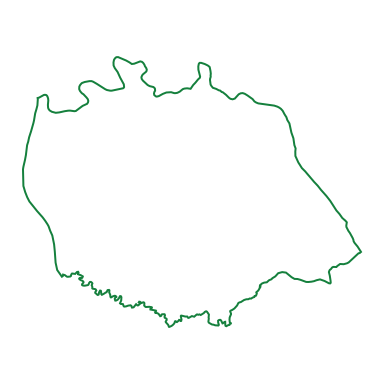 Thapangthong, Savannakhét, Laos
{"feature_id": "54806243B5714719739337", "entity_name": "Thapangthong", "entity_type": "district", "adm_level": 2, "iso_a3": "LAO", "parent_name": "Laos", "parent_adm1": "Savannakhét", "projection": "robinson", "projection_center": [105.786, 16.099], "detail": "fine", "context": "isolated", "style": "outline", "palette": "green", "viewbox_px": 384, "rotation_deg": 0, "n_neighbors": 0, "source": "geoboundaries", "source_scale": "gbopen_adm2", "svg_char_len": 5877}
<svg xmlns="http://www.w3.org/2000/svg" viewBox="0 0 384 384"><path d="M169.4,326.9L171.6,325.9L173.0,324.8L174.3,323.4L174.9,321.6L175.2,321.2L175.7,321.2L176.5,322.0L176.9,322.1L178.6,320.7L179.1,319.9L179.6,320.0L180.6,321.0L181.2,320.9L181.5,319.6L180.8,316.1L181.0,315.7L181.5,315.6L185.1,316.5L187.2,316.5L188.1,317.8L188.7,317.9L191.9,316.1L194.2,316.7L196.6,314.6L197.1,314.4L198.2,314.8L199.5,314.4L200.7,315.0L203.8,313.1L204.8,311.9L206.1,311.3L206.7,311.5L207.1,311.9L208.9,314.5L208.6,317.6L208.8,318.5L208.4,321.6L208.7,322.5L209.3,323.0L212.0,324.5L213.6,324.7L215.2,325.3L218.4,325.5L218.7,325.2L218.8,324.5L218.2,322.8L218.1,320.7L218.6,320.2L220.0,319.8L220.4,319.9L221.1,320.5L222.5,323.4L222.9,323.3L224.6,321.9L225.2,321.8L225.3,325.0L225.6,325.9L226.3,326.2L228.3,325.1L229.4,324.9L229.5,324.3L230.9,323.5L230.9,323.2L229.9,322.4L229.7,321.9L229.5,319.4L229.7,317.4L231.0,314.3L231.0,313.5L230.2,311.6L230.2,311.1L230.6,310.7L232.3,309.9L234.4,308.5L237.1,305.5L238.3,303.1L239.4,302.4L240.8,302.1L244.1,300.0L246.3,299.3L248.4,299.2L249.7,298.5L251.1,298.6L252.6,297.6L254.3,297.0L254.6,296.0L255.8,295.8L256.4,294.8L256.8,293.3L256.3,292.6L256.3,292.3L258.3,290.5L260.4,286.9L260.4,286.7L259.8,286.8L260.0,285.2L260.8,284.8L261.5,283.8L262.7,283.2L264.2,282.6L266.8,282.3L269.1,280.2L271.4,279.3L272.4,278.2L275.3,276.4L278.2,273.2L282.2,272.1L286.0,272.6L291.6,277.2L294.5,278.9L297.5,279.0L300.4,279.8L306.1,281.9L308.2,282.0L311.3,281.7L313.9,281.2L316.6,280.2L320.0,279.4L324.6,281.0L329.0,283.3L330.2,283.4L330.7,282.8L330.6,281.1L329.8,275.7L328.9,272.1L329.2,271.1L329.8,269.9L331.0,269.0L332.0,267.6L333.2,266.9L336.4,267.0L337.6,265.7L338.4,265.3L339.7,264.2L340.3,264.0L343.7,264.2L347.0,263.3L348.7,262.4L358.5,253.3L359.6,253.1L361.0,251.9L357.6,246.6L354.5,242.8L353.6,241.2L353.4,239.8L352.6,237.9L349.9,233.0L348.4,230.9L346.4,227.0L346.3,225.5L346.8,222.3L345.5,220.8L342.3,218.0L339.4,213.9L336.4,210.5L330.3,201.0L326.5,196.1L321.0,189.9L317.7,185.7L314.2,182.0L305.1,171.3L301.9,168.1L298.3,162.4L295.4,156.0L295.3,151.6L295.6,148.4L294.4,145.2L293.4,138.3L291.4,132.6L289.4,123.4L287.3,120.0L286.4,117.2L284.6,114.4L282.7,110.8L280.9,108.8L279.2,107.6L277.5,106.7L274.2,105.6L258.3,103.4L256.1,102.5L254.4,101.4L252.6,99.1L247.7,95.6L244.8,93.8L242.7,93.1L240.7,93.3L238.7,94.3L234.8,98.6L232.6,99.3L230.4,98.8L229.0,97.8L226.0,94.8L222.7,92.2L221.7,92.0L220.2,90.6L218.8,90.3L216.2,88.9L212.9,87.8L211.5,86.1L210.6,84.6L210.0,80.0L210.1,78.8L210.7,76.8L210.6,75.4L210.8,73.7L210.5,71.1L209.7,67.1L208.4,65.9L207.2,65.2L204.7,64.0L201.3,62.9L199.6,62.9L199.2,63.3L198.8,63.9L198.3,66.4L198.4,69.8L199.9,75.7L200.1,76.5L199.9,77.7L198.0,79.5L195.4,82.7L193.2,85.0L190.6,88.8L187.1,88.3L184.3,88.6L182.7,89.2L179.8,91.6L177.4,92.8L175.7,93.1L174.1,93.1L171.1,92.2L166.4,92.5L162.8,93.9L158.8,96.1L156.8,96.6L155.9,96.4L154.3,95.1L154.1,94.2L154.0,93.4L154.5,91.6L155.1,90.8L155.0,88.9L154.4,87.8L153.3,87.0L149.6,86.1L147.6,85.0L142.9,80.6L141.7,78.9L141.4,77.2L142.2,75.3L143.0,74.3L146.0,71.8L146.4,71.3L146.8,69.8L146.3,68.2L144.9,66.1L144.4,64.7L143.2,62.9L141.9,61.8L140.2,61.4L134.2,63.7L131.8,64.0L129.5,62.4L126.1,60.5L118.1,57.1L116.3,57.2L114.9,58.4L114.0,59.9L113.5,62.4L113.6,65.5L114.8,68.1L117.6,72.0L120.2,77.7L123.8,84.3L124.1,87.1L123.7,87.8L123.0,88.3L111.6,90.7L110.3,90.7L106.9,90.0L105.2,89.2L96.9,83.9L93.1,81.7L91.5,81.1L89.6,81.1L84.7,82.0L82.0,83.0L81.4,83.5L80.0,85.2L79.3,86.7L79.2,89.1L79.9,90.8L81.2,92.5L82.2,93.5L83.4,94.2L86.5,97.5L87.8,99.2L88.3,100.9L88.0,102.4L87.1,103.8L82.6,105.9L75.8,111.0L74.4,111.2L70.0,110.6L68.0,110.7L64.7,111.2L59.3,112.4L55.8,112.8L51.9,111.8L49.6,110.4L48.4,108.7L48.1,107.7L47.9,105.0L48.3,100.5L48.1,98.4L47.4,96.4L46.8,95.5L46.1,95.0L44.9,94.8L43.8,95.0L39.1,97.6L37.6,98.0L37.8,99.4L37.4,105.4L36.4,109.3L35.2,113.3L34.0,120.5L33.4,123.1L31.1,131.2L29.1,137.4L28.2,141.7L27.1,145.2L25.9,155.1L25.0,159.9L23.4,166.8L23.0,169.3L23.4,186.0L25.2,192.1L27.2,197.2L29.4,201.5L37.1,211.1L42.6,217.3L45.2,220.8L47.5,224.3L48.6,226.3L50.2,230.8L52.3,235.5L54.1,244.4L54.8,251.5L55.6,262.7L57.2,270.0L61.9,276.7L62.8,276.1L63.1,274.6L64.8,275.1L66.8,276.6L67.8,276.8L70.3,276.5L70.9,276.0L71.3,274.4L72.1,273.5L75.2,273.9L77.0,272.0L78.1,271.8L78.5,272.5L78.0,273.6L78.0,274.2L80.8,275.2L82.8,276.4L82.4,277.6L82.1,277.9L81.5,278.0L80.0,277.9L79.5,278.2L79.2,278.7L79.5,279.3L81.3,280.4L82.4,280.7L83.4,281.7L83.5,282.5L82.1,284.2L82.0,284.9L82.4,285.3L83.2,285.6L84.7,285.7L87.9,285.1L88.5,284.6L89.1,283.0L89.9,282.0L90.8,281.9L91.5,282.3L92.2,283.0L92.4,283.5L91.7,285.2L92.3,286.7L92.3,288.4L92.7,288.7L95.1,289.1L95.8,289.5L96.3,290.5L95.3,292.1L95.2,292.8L97.4,294.8L97.9,295.0L98.7,294.5L99.1,292.3L100.0,290.6L100.6,290.6L101.0,291.0L101.3,294.2L101.9,294.8L104.3,293.5L105.7,292.5L106.5,292.3L107.6,290.1L109.0,289.9L109.4,290.3L109.4,290.8L109.2,292.4L110.2,294.7L110.4,296.6L110.7,297.3L111.5,297.3L112.5,296.5L114.4,295.8L115.4,295.9L116.3,296.6L116.3,297.1L115.3,297.6L114.8,298.4L114.9,299.7L115.3,300.6L116.2,300.5L117.7,299.7L119.0,298.1L119.9,296.2L120.4,296.1L121.1,296.4L121.4,297.3L121.2,300.5L120.0,303.3L120.7,303.9L122.9,304.1L123.7,306.2L124.2,306.6L126.0,306.4L128.3,305.6L130.6,305.3L131.4,305.9L131.9,307.5L132.9,307.5L133.7,307.2L136.1,304.2L137.4,305.4L137.9,305.4L138.3,305.3L140.2,303.6L140.1,303.1L138.8,302.4L139.2,301.7L140.0,301.8L141.6,303.0L143.2,302.3L143.8,302.4L144.3,302.9L144.4,303.3L144.2,305.6L145.4,306.8L145.9,307.0L149.3,306.8L151.7,307.2L151.9,307.5L151.7,308.0L150.4,308.9L150.4,309.5L155.9,310.6L156.1,311.0L155.1,312.3L155.2,312.7L155.5,313.0L157.1,313.1L158.5,313.8L160.2,316.2L161.2,315.8L161.5,314.7L162.0,314.3L164.3,314.2L164.7,314.4L165.0,315.4L164.5,316.9L164.7,317.7L166.3,318.6L166.7,319.1L166.6,320.2L165.7,321.5L165.8,322.2L168.2,324.9L168.9,326.8L169.4,326.9Z" fill="none" stroke="#15803d" stroke-width="2"/></svg>